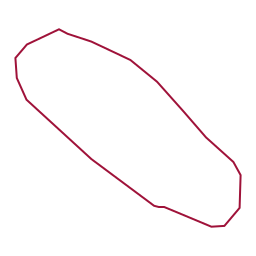 Namoluk, Federated States of Micronesia (Robinson projection)
{"feature_id": "79324940B63325039400057", "entity_name": "Namoluk", "entity_type": "district", "adm_level": 2, "iso_a3": "FSM", "parent_name": "Federated States of Micronesia", "parent_adm1": "", "projection": "robinson", "projection_center": [153.117, 5.923], "detail": "fine", "context": "isolated", "style": "outline", "palette": "rose", "viewbox_px": 256, "rotation_deg": 0, "n_neighbors": 0, "source": "geoboundaries", "source_scale": "gbopen_adm2", "svg_char_len": 362}
<svg xmlns="http://www.w3.org/2000/svg" viewBox="0 0 256 256"><path d="M158.8,207.0L164.2,207.0L211.4,226.7L224.4,225.9L239.6,207.9L240.6,175.1L233.4,162.0L206.0,137.4L183.3,111.2L157.0,81.7L130.4,60.0L91.4,41.6L67.6,33.8L59.0,29.3L26.9,44.5L15.4,58.0L16.8,78.0L26.5,99.7L91.4,159.1L154.1,205.8L158.8,207.0Z" fill="none" stroke="#9f1239" stroke-width="2"/></svg>